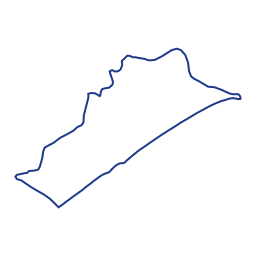 the district of Ciudad de la Costa, Canelones, Uruguay
{"feature_id": "84410073B39793834808870", "entity_name": "Ciudad de la Costa", "entity_type": "district", "adm_level": 2, "iso_a3": "URY", "parent_name": "Uruguay", "parent_adm1": "Canelones", "projection": "natural_earth1", "projection_center": [-55.945, -34.814], "detail": "fine", "context": "isolated", "style": "outline", "palette": "blue", "viewbox_px": 256, "rotation_deg": 0, "n_neighbors": 0, "source": "geoboundaries", "source_scale": "gbopen_adm2", "svg_char_len": 2392}
<svg xmlns="http://www.w3.org/2000/svg" viewBox="0 0 256 256"><path d="M58.6,207.3L60.5,206.0L65.7,202.1L66.5,201.4L69.9,199.1L72.1,197.3L74.0,196.0L77.6,193.4L80.1,191.6L82.1,190.2L83.0,189.4L85.0,187.8L88.0,185.4L89.2,184.5L90.4,183.7L93.0,181.6L93.4,181.1L95.0,180.0L95.9,179.4L96.7,178.8L97.4,178.3L98.0,177.8L98.7,177.3L99.9,176.5L101.2,175.6L101.5,175.4L102.4,174.8L103.3,174.4L104.3,174.0L105.5,173.5L106.6,173.0L107.5,172.9L108.5,172.5L109.4,171.9L109.9,171.5L110.0,171.3L110.2,171.2L110.5,170.8L111.0,170.2L111.4,169.8L112.0,169.2L112.1,168.9L112.5,168.7L112.9,168.2L113.4,167.8L114.1,167.1L114.8,166.4L115.5,165.9L115.9,165.5L116.3,165.2L117.0,164.8L117.8,164.3L118.9,163.8L119.4,163.6L120.1,163.3L120.9,163.2L121.6,163.2L122.1,163.2L122.9,163.2L123.6,163.1L124.3,162.8L124.8,162.4L125.4,161.8L125.9,161.3L126.4,160.8L127.2,160.0L127.9,159.4L128.5,159.2L128.7,158.8L129.0,158.5L129.2,158.4L129.3,158.2L129.8,157.9L130.5,157.3L131.0,156.7L131.8,156.1L132.9,155.3L133.2,155.1L133.7,154.7L134.1,154.2L134.4,154.1L134.8,153.8L134.9,153.6L136.0,152.8L137.3,151.6L139.0,150.4L140.4,149.3L144.9,146.3L148.2,144.0L161.5,134.9L165.1,132.6L169.0,130.1L173.8,127.2L180.8,122.6L186.3,119.4L190.8,116.7L198.4,112.2L204.2,109.1L208.1,107.0L209.8,106.1L211.0,105.5L212.9,104.6L215.0,103.6L217.7,102.5L219.7,101.7L221.9,100.9L224.3,100.3L226.4,99.6L228.5,98.9L229.4,98.6L230.4,98.4L232.2,98.3L233.0,98.1L233.5,98.1L234.7,98.4L236.6,98.8L238.1,99.0L238.7,99.1L239.1,99.0L239.5,99.0L240.0,99.0L240.6,98.6L240.1,96.2L238.3,94.2L233.0,94.2L229.5,93.5L221.5,89.8L214.3,87.2L208.1,86.7L199.6,81.6L194.0,78.7L191.1,76.4L189.1,71.3L188.0,62.3L185.3,55.0L180.9,50.1L178.6,49.3L176.5,48.7L171.4,50.3L162.1,56.2L154.6,60.0L149.0,60.4L144.2,58.8L138.2,57.9L135.6,57.2L132.9,57.3L129.8,55.9L127.3,55.7L121.8,61.1L122.2,65.4L120.5,69.5L118.0,71.3L114.8,71.5L112.2,70.1L109.7,71.3L110.5,74.5L112.1,78.9L113.0,82.2L112.3,84.9L109.0,87.7L104.4,88.4L102.1,89.2L101.2,91.0L100.5,93.5L100.3,95.5L99.5,96.1L97.7,94.8L95.0,93.3L91.3,93.0L89.7,93.5L88.3,93.8L88.3,98.0L85.8,107.6L83.8,115.5L83.5,122.2L81.7,125.1L77.3,127.1L73.3,130.8L66.0,134.8L60.0,137.9L53.9,142.6L44.7,147.5L43.2,151.5L42.3,157.9L39.9,166.5L38.2,169.6L33.7,170.7L29.1,171.0L27.2,172.8L23.7,173.4L17.0,174.8L15.4,176.7L17.0,179.2L20.8,180.1L31.4,187.3L36.8,190.5L44.2,194.7L50.3,199.1L58.6,207.3Z" fill="none" stroke="#1e3a8a" stroke-width="2"/></svg>